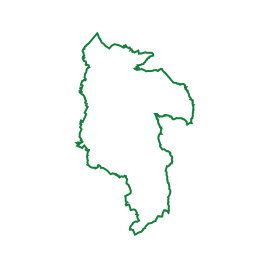 the district of Teuchitlán, Jalisco, Mexico, rotated 135°
{"feature_id": "50627088B99010084174784", "entity_name": "Teuchitlán", "entity_type": "district", "adm_level": 2, "iso_a3": "MEX", "parent_name": "Mexico", "parent_adm1": "Jalisco", "projection": "albers", "projection_center": [-103.827, 20.68], "detail": "fine", "context": "isolated", "style": "outline", "palette": "green", "viewbox_px": 256, "rotation_deg": 135, "n_neighbors": 0, "source": "geoboundaries", "source_scale": "gbopen_adm2", "svg_char_len": 5812}
<svg xmlns="http://www.w3.org/2000/svg" viewBox="0 0 256 256"><g transform="rotate(135 128 128)"><path d="M62.1,163.1L58.9,161.4L58.0,162.6L57.9,164.3L61.6,167.9L62.1,169.2L65.9,171.3L67.7,172.8L66.0,175.4L70.1,176.9L70.3,178.4L71.0,178.6L69.9,181.0L71.0,181.4L70.6,181.6L69.9,183.7L71.1,184.1L71.6,186.0L71.2,188.2L71.9,188.3L72.5,188.8L72.9,187.4L74.2,187.8L75.8,192.8L78.2,196.7L81.2,197.7L85.0,197.5L85.9,201.9L85.7,204.2L86.1,206.9L85.1,210.4L84.8,210.5L84.6,212.5L83.1,215.5L82.8,216.7L96.6,215.5L96.8,215.8L98.8,216.0L99.4,215.6L100.9,216.0L101.8,215.7L102.8,214.8L103.2,215.4L104.0,215.3L105.6,214.6L105.8,214.4L106.1,213.0L107.4,211.2L107.7,210.3L107.9,210.0L109.5,210.2L110.3,209.6L109.5,208.6L111.2,208.2L111.7,206.2L110.8,204.9L111.5,203.7L113.2,202.7L113.1,202.1L111.9,201.3L111.5,200.1L112.4,199.0L112.5,198.4L113.5,198.9L113.8,198.6L115.5,198.8L118.1,197.0L119.8,196.7L122.8,194.7L123.3,193.4L123.2,192.9L123.6,192.1L124.6,191.9L125.3,193.2L126.1,193.1L127.3,193.6L130.1,192.2L130.7,191.8L130.2,191.4L130.0,190.1L132.7,188.8L133.1,190.1L133.9,189.7L133.5,188.4L135.3,187.5L135.2,186.2L136.0,185.8L136.3,188.1L136.8,187.7L136.8,185.1L136.6,184.8L136.7,184.0L136.2,183.0L136.6,181.1L137.0,180.7L136.9,180.3L137.3,179.4L137.7,179.3L138.3,177.4L139.0,177.0L138.9,176.7L140.4,176.2L140.1,174.2L141.7,173.7L141.5,171.5L147.9,169.4L147.7,167.3L155.5,164.4L155.9,166.5L157.4,165.9L157.3,164.9L158.9,164.7L158.7,163.3L161.3,162.5L161.6,160.3L161.8,159.9L166.0,158.3L167.8,156.4L168.3,156.3L168.6,155.9L168.9,153.0L170.2,152.6L170.1,152.2L169.7,151.8L169.9,150.4L170.7,150.4L172.0,151.0L172.4,151.6L172.7,151.2L173.1,151.4L174.0,151.1L173.5,152.9L173.6,153.2L174.5,153.2L174.9,153.6L174.9,151.4L176.5,151.4L174.4,146.1L172.7,146.6L171.3,146.6L171.7,142.7L173.3,142.5L172.7,140.5L171.5,140.6L171.1,140.1L171.6,139.7L172.8,139.6L174.1,139.0L175.3,138.2L175.8,137.1L176.6,137.2L177.2,136.9L177.8,135.6L178.6,134.9L179.3,133.4L180.7,132.8L181.9,130.9L182.6,130.8L182.5,130.3L182.2,130.2L182.2,127.0L181.1,124.9L179.6,123.5L179.8,122.6L179.2,122.3L178.9,122.6L178.4,122.0L176.7,121.7L176.1,122.6L175.4,122.8L175.2,122.6L174.8,122.0L174.7,120.6L175.0,119.4L175.3,118.9L173.8,117.4L172.8,112.6L173.0,107.8L172.4,107.3L170.8,106.7L170.7,106.0L169.7,105.0L169.9,103.9L169.6,103.0L169.1,104.8L168.9,102.5L169.1,101.9L168.2,100.9L169.0,99.9L169.1,99.1L167.0,98.7L165.9,96.9L165.3,96.6L164.1,96.7L163.5,95.4L164.5,94.5L164.9,92.3L166.3,91.5L168.1,90.1L168.2,89.4L167.9,87.0L168.7,85.9L168.9,84.6L170.6,81.4L172.1,80.2L173.2,80.2L175.2,80.8L175.8,81.3L176.3,81.1L178.2,81.8L178.7,80.7L181.0,78.3L181.5,77.3L181.2,76.4L181.6,76.6L182.8,75.7L183.8,75.3L184.0,74.6L181.6,73.5L181.7,72.4L184.1,68.1L181.6,66.4L180.7,64.9L181.8,61.6L183.2,61.2L182.6,59.4L184.2,58.9L185.1,57.0L185.6,54.7L186.6,55.1L187.7,55.1L188.8,56.6L191.7,57.3L192.2,57.0L196.0,56.6L198.3,55.1L198.5,54.6L197.4,54.2L196.9,52.4L196.6,52.2L198.5,47.7L197.3,47.2L194.9,46.8L192.0,45.3L189.2,45.4L188.9,45.8L188.1,45.8L186.7,45.1L186.5,45.4L185.2,45.9L181.0,46.0L178.7,44.2L176.0,43.7L174.7,42.9L173.9,42.8L173.7,43.2L172.9,43.6L171.7,43.5L171.4,43.8L169.3,44.5L168.6,43.9L168.4,43.3L168.0,43.2L167.1,41.6L166.4,41.2L165.7,41.5L165.4,42.1L164.1,42.9L160.9,44.3L160.5,44.3L159.8,43.5L159.9,42.6L160.4,42.4L159.2,42.3L158.8,41.7L159.4,39.3L159.2,39.3L158.5,40.2L157.5,40.6L155.9,42.6L154.4,43.8L153.8,45.3L153.5,45.5L153.4,46.1L152.7,46.7L152.3,46.5L151.9,46.8L150.8,48.4L148.9,49.8L148.7,50.7L146.4,51.2L144.4,52.1L142.7,53.3L142.1,54.2L141.9,55.8L140.5,57.0L139.7,58.0L138.3,60.3L138.6,60.9L138.2,61.3L138.0,62.0L137.3,63.0L136.6,63.5L136.3,64.3L134.7,65.7L134.1,67.4L132.1,69.2L131.7,70.3L131.7,71.1L127.6,73.4L127.4,72.9L125.5,72.2L124.9,72.6L124.3,72.4L122.9,72.9L122.1,72.0L120.9,72.6L120.6,73.1L120.2,73.1L119.2,75.0L117.8,75.5L117.1,76.7L117.2,78.5L116.7,80.1L115.7,80.2L115.6,80.7L116.1,83.4L117.0,84.0L117.5,87.4L118.9,88.6L118.3,92.5L117.5,93.0L116.8,93.0L116.8,93.7L115.9,95.1L115.6,96.3L114.8,97.4L114.0,99.2L112.8,100.0L112.4,100.5L112.1,100.4L111.2,101.1L109.2,101.4L109.4,101.1L108.7,100.4L108.7,101.3L108.1,101.4L107.5,102.2L104.8,103.8L105.0,104.1L104.5,104.5L104.8,104.6L104.9,105.7L104.2,106.3L103.9,108.1L103.3,108.7L103.4,109.4L102.4,111.0L102.1,111.2L101.6,112.1L101.1,112.2L100.9,112.6L101.3,112.8L100.8,113.9L101.0,114.2L100.7,115.1L100.2,115.2L99.8,116.0L99.0,118.8L97.6,117.4L97.8,116.7L97.6,116.2L98.1,115.8L98.1,115.0L97.4,114.3L97.7,113.7L96.7,113.3L96.0,112.0L94.2,111.3L93.4,111.5L92.7,111.2L92.4,110.6L92.9,110.4L92.5,110.1L92.2,110.4L91.5,109.8L91.3,109.1L90.3,108.0L90.3,106.4L89.5,106.1L89.3,105.5L89.7,105.2L89.7,103.9L90.1,103.3L90.2,102.6L89.8,102.0L88.2,101.2L86.6,100.8L86.4,100.1L83.6,97.5L83.5,96.9L83.0,96.8L82.8,95.3L82.3,94.9L82.4,94.4L82.1,93.5L82.1,90.9L82.8,90.3L83.7,88.5L79.8,87.7L79.9,86.7L79.6,86.4L79.4,86.9L77.1,89.6L76.3,89.7L75.7,89.4L74.5,90.4L74.0,90.4L71.3,93.0L70.6,93.1L70.3,93.8L69.3,94.2L69.2,94.7L68.7,94.7L68.5,95.2L66.7,96.8L66.4,97.6L65.6,97.8L66.1,98.2L65.0,99.8L64.3,99.9L64.2,100.5L63.3,101.2L63.4,101.5L62.7,101.8L63.3,103.5L62.9,103.3L62.2,107.3L61.0,108.9L60.3,110.9L60.3,111.6L59.8,111.6L59.4,112.4L59.7,113.3L59.5,114.2L59.7,114.8L57.9,115.5L59.0,116.4L57.5,118.0L57.5,119.7L59.0,121.1L60.1,121.6L60.0,122.1L60.7,122.3L60.6,123.3L61.9,124.4L62.1,125.1L61.9,125.6L63.8,128.0L62.7,140.9L63.0,141.3L62.8,144.6L62.2,145.5L63.1,146.7L64.4,146.8L64.8,147.2L66.2,147.0L66.7,147.4L66.5,147.6L67.0,148.9L68.8,150.5L69.9,150.9L71.3,151.9L72.9,153.3L73.4,154.1L74.9,155.1L76.6,160.0L76.8,160.0L80.6,162.8L81.3,164.8L81.3,165.3L79.1,164.0L78.7,164.9L77.7,163.5L76.9,165.6L74.9,164.0L74.2,163.5L73.0,163.3L72.5,162.7L71.7,162.3L70.8,162.7L69.5,162.5L67.4,163.1L66.4,162.9L65.6,163.4L64.9,163.4L64.0,162.7L63.5,163.2L62.3,162.8L62.1,163.1Z" fill="none" stroke="#15803d" stroke-width="2"/></g></svg>